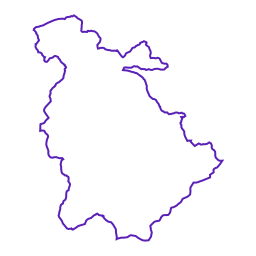 outline of Mosna, Sibiu, Romania
{"feature_id": "2599482B88380458421625", "entity_name": "Mosna", "entity_type": "district", "adm_level": 2, "iso_a3": "ROU", "parent_name": "Romania", "parent_adm1": "Sibiu", "projection": "orthographic", "projection_center": [24.412, 46.08], "detail": "fine", "context": "isolated", "style": "outline", "palette": "violet", "viewbox_px": 256, "rotation_deg": 0, "n_neighbors": 0, "source": "geoboundaries", "source_scale": "gbopen_adm2", "svg_char_len": 5670}
<svg xmlns="http://www.w3.org/2000/svg" viewBox="0 0 256 256"><path d="M148.6,240.3L151.1,236.5L151.3,234.7L151.8,232.8L151.3,230.8L150.8,229.4L150.7,227.5L150.4,226.7L150.3,226.0L150.9,225.2L154.0,222.1L155.3,221.4L159.2,220.7L159.6,220.3L160.3,219.2L161.0,217.4L161.3,217.3L161.7,216.5L162.9,215.4L164.5,215.1L168.0,215.0L168.7,214.5L169.9,212.8L170.5,211.1L170.5,210.6L171.0,208.2L171.3,207.7L173.9,207.1L176.8,205.4L178.4,203.9L180.3,202.6L181.1,201.7L182.4,199.3L182.9,198.7L187.3,196.8L189.2,195.4L190.1,194.4L190.2,193.9L190.5,190.8L190.3,189.8L190.5,187.5L193.5,182.6L196.0,182.6L198.3,182.1L199.7,181.4L202.0,180.7L210.1,177.4L210.0,174.8L213.6,172.4L213.7,172.0L213.5,170.6L213.5,169.7L214.0,169.0L215.5,168.0L216.9,167.6L217.4,167.2L219.7,164.5L222.3,160.7L220.6,160.8L219.0,160.5L218.0,159.9L215.7,157.5L215.2,155.4L215.3,154.1L215.1,151.6L214.1,150.2L212.4,149.1L211.6,147.4L211.9,145.9L211.2,143.9L211.0,143.5L209.3,142.4L207.1,143.8L204.7,144.3L203.4,144.1L201.6,144.6L200.7,144.5L199.4,143.7L198.6,143.5L194.8,146.0L190.9,142.0L190.7,141.6L190.7,141.3L191.0,140.6L189.9,140.7L189.1,140.5L187.4,141.0L185.7,137.8L184.7,135.5L184.2,133.2L184.3,132.1L184.1,131.2L182.1,128.6L181.4,127.4L181.3,124.7L180.7,124.0L180.4,123.1L180.5,122.7L181.2,122.1L181.2,121.2L182.3,118.4L181.5,117.6L181.2,117.0L182.2,116.9L183.3,117.1L184.3,116.8L185.3,116.0L184.9,115.5L184.7,114.5L184.1,113.7L183.9,113.5L182.5,113.4L181.6,112.7L179.1,113.3L178.5,113.2L178.2,112.8L176.6,112.5L175.2,112.6L173.6,113.4L172.5,113.5L170.9,114.0L168.9,114.2L167.1,112.4L166.1,112.5L164.5,112.4L163.6,111.5L162.2,111.0L161.0,109.7L160.2,107.5L159.9,107.1L160.0,106.6L159.5,106.4L159.0,104.9L158.4,103.6L157.4,102.5L155.9,100.0L154.3,99.1L152.7,98.9L149.6,96.2L148.7,93.9L147.4,91.1L146.9,89.5L146.7,88.8L146.8,85.9L145.9,83.4L145.6,82.2L144.5,79.6L143.7,79.1L142.8,77.7L142.0,77.0L136.6,73.1L135.5,73.0L133.5,72.1L133.0,72.2L127.7,70.6L123.0,70.1L124.2,67.6L126.1,67.4L128.5,67.7L131.5,67.7L133.1,66.6L134.1,66.2L136.0,66.6L137.3,66.4L141.3,69.2L142.5,68.9L143.4,69.1L145.0,69.1L145.8,69.9L146.3,70.0L148.8,69.1L149.8,69.6L151.7,70.0L153.2,69.6L154.1,69.1L156.2,68.8L158.1,68.8L160.8,69.6L163.6,69.6L164.5,69.3L165.3,68.3L166.8,67.2L167.7,66.8L167.5,64.9L166.5,63.7L164.1,63.6L162.4,63.1L161.7,62.7L159.7,58.8L158.7,58.0L157.2,57.8L155.8,58.4L153.9,57.9L150.8,58.1L150.2,56.7L150.1,55.2L150.8,53.0L150.4,50.8L149.4,48.9L149.1,47.5L148.8,47.0L146.2,45.1L145.9,44.2L146.6,43.1L146.6,42.8L146.5,42.4L146.1,42.1L143.9,41.2L142.6,42.0L141.5,42.3L140.2,42.9L140.1,43.6L139.7,44.2L139.1,44.7L137.5,45.1L136.8,45.8L135.9,46.0L134.9,47.3L132.5,47.9L130.3,51.3L129.2,51.9L126.6,53.0L125.9,53.5L125.5,54.3L125.3,55.2L123.6,56.9L122.9,57.3L122.5,57.1L121.0,55.5L117.2,50.3L116.9,50.3L116.5,51.0L114.5,50.6L113.7,50.8L110.9,50.6L109.8,50.1L108.3,50.1L105.3,49.3L103.9,48.0L103.0,47.8L100.5,47.9L98.7,48.5L98.0,48.6L97.5,46.9L97.4,44.8L99.9,42.0L100.6,39.3L100.3,37.9L99.1,36.9L97.7,34.4L97.4,33.6L96.9,33.1L95.0,31.6L93.8,31.2L92.0,31.1L91.3,30.7L89.3,31.2L88.3,30.8L87.9,30.8L87.4,31.2L87.2,31.9L86.8,32.0L84.2,31.7L82.9,32.0L81.9,31.6L81.3,30.9L81.7,26.3L81.7,24.9L82.0,23.7L82.0,21.7L81.9,21.1L80.8,20.0L77.7,18.3L77.2,17.9L76.6,17.1L73.9,15.4L72.4,16.4L71.1,16.1L70.0,16.8L67.1,17.1L66.0,17.6L64.8,19.1L63.8,18.8L62.1,18.7L58.4,19.0L54.4,20.1L48.0,22.8L43.9,24.9L43.5,25.3L40.9,25.9L38.0,26.9L36.2,27.0L34.1,28.7L33.7,29.9L34.2,30.1L35.9,32.2L36.3,32.9L36.3,33.2L36.2,33.3L36.3,33.6L37.8,35.8L37.9,37.7L39.0,40.3L36.4,43.9L35.6,44.1L35.7,45.6L35.5,46.7L35.8,47.6L36.3,48.6L37.8,50.4L38.3,52.3L39.5,52.3L41.3,53.0L42.1,54.3L42.2,55.0L42.8,55.4L43.8,56.8L45.0,57.2L44.4,58.1L44.5,58.9L44.1,60.0L45.0,61.5L46.3,61.9L47.1,61.7L48.6,60.0L49.6,58.4L52.0,57.8L53.0,57.4L53.4,56.8L54.8,56.0L55.6,56.0L58.2,57.1L58.5,58.4L59.6,59.3L60.9,61.7L61.5,62.4L64.6,64.8L65.0,65.3L64.7,65.6L66.1,67.3L66.0,67.6L64.7,69.0L64.7,69.6L65.1,70.9L64.8,71.6L64.6,72.8L63.5,76.2L63.5,77.5L63.3,78.1L62.1,79.6L60.6,80.6L59.3,82.0L57.7,82.7L56.2,83.8L55.8,84.2L55.4,85.6L54.9,85.8L54.7,86.5L53.2,87.5L52.1,88.6L51.7,89.4L50.5,90.7L50.4,91.2L50.6,93.5L49.5,96.2L50.5,98.9L50.8,101.3L45.6,106.9L44.5,108.6L44.0,110.2L44.3,111.4L45.4,113.2L48.6,117.8L48.0,118.6L47.2,119.1L45.3,121.2L44.3,122.9L42.8,123.5L40.5,124.2L40.4,124.8L40.2,130.9L41.7,130.5L43.9,130.7L44.5,131.1L45.5,133.1L46.6,134.0L47.9,135.4L48.1,136.8L46.9,139.8L46.3,143.4L46.4,145.4L48.4,150.8L48.3,153.4L48.6,154.9L49.6,156.5L50.6,157.4L52.8,157.7L53.8,157.3L56.1,157.1L59.5,158.2L62.3,158.1L63.2,159.3L61.9,160.0L61.5,160.6L60.6,164.6L61.1,166.3L61.2,169.7L61.4,170.0L61.4,171.2L61.6,172.0L62.2,173.3L63.3,174.2L63.7,174.3L65.0,175.4L66.6,175.5L67.1,176.3L68.2,176.8L68.5,177.2L68.7,178.9L68.3,181.3L69.8,183.5L69.9,183.9L70.0,184.5L69.7,185.9L68.8,188.3L68.6,190.2L66.8,191.2L66.5,192.2L66.2,194.4L66.2,197.2L65.7,198.9L65.2,199.8L63.5,201.1L63.3,201.6L63.0,203.4L62.7,203.7L61.5,204.3L60.7,205.5L60.5,206.3L60.2,207.5L60.3,208.6L59.8,210.7L59.2,212.2L59.3,212.9L59.1,214.2L58.6,215.5L59.1,217.0L62.0,221.0L62.5,222.6L63.2,223.9L64.4,225.2L66.9,228.4L68.5,229.0L69.8,228.7L71.0,228.8L71.4,229.0L71.6,228.6L72.9,229.6L76.3,227.5L78.2,226.0L84.9,224.0L86.1,220.9L86.8,219.9L88.3,218.9L91.2,217.9L93.9,215.4L96.0,214.5L96.3,213.9L97.5,213.7L98.8,215.0L101.8,215.6L102.4,215.4L103.0,215.7L103.4,216.0L102.9,216.6L103.7,217.1L103.9,217.9L106.2,220.3L107.4,220.9L107.6,221.3L108.8,221.8L111.2,222.3L113.2,224.7L115.6,228.8L115.9,229.8L116.0,232.5L116.8,237.0L116.6,239.1L117.9,238.5L121.7,237.6L123.7,237.7L127.5,237.2L129.4,235.8L130.7,235.2L135.7,236.0L137.6,237.5L140.8,239.4L142.8,240.3L144.9,240.6L148.6,240.3Z" fill="none" stroke="#5b21b6" stroke-width="2"/></svg>